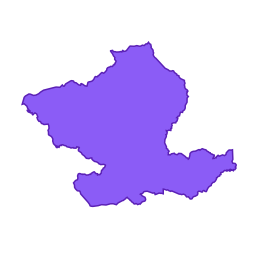 outline of Laclubar, Manatuto, East Timor, rotated 260°
{"feature_id": "22284137B50587397066696", "entity_name": "Laclubar", "entity_type": "district", "adm_level": 2, "iso_a3": "TLS", "parent_name": "East Timor", "parent_adm1": "Manatuto", "projection": "albers", "projection_center": [125.895, -8.747], "detail": "fine", "context": "isolated", "style": "filled", "palette": "violet", "viewbox_px": 256, "rotation_deg": 260, "n_neighbors": 0, "source": "geoboundaries", "source_scale": "gbopen_adm2", "svg_char_len": 5742}
<svg xmlns="http://www.w3.org/2000/svg" viewBox="0 0 256 256"><g transform="rotate(260 128 128)"><path d="M187.2,112.0L186.5,110.6L185.0,108.7L184.7,107.6L183.9,107.1L183.8,106.6L184.3,104.8L183.7,104.0L182.0,102.9L180.8,101.4L180.3,100.2L180.2,97.4L179.9,96.5L176.4,94.9L176.4,94.6L177.1,92.8L178.8,91.2L179.8,89.8L179.6,89.2L179.0,89.3L178.3,88.5L179.2,86.8L181.5,84.8L182.2,83.0L183.7,82.5L184.4,80.8L184.3,79.6L182.2,74.2L180.3,72.5L180.4,71.6L181.8,70.8L179.9,68.0L180.7,64.7L180.8,63.6L179.9,51.4L178.5,48.0L177.3,46.1L176.4,43.1L176.5,40.6L178.3,37.7L178.7,36.3L177.3,32.5L176.2,31.1L169.7,27.9L169.9,29.9L167.1,32.2L164.8,32.6L163.7,33.2L163.1,32.7L162.9,31.8L162.6,31.8L161.0,32.7L161.0,33.0L162.1,33.2L162.4,34.0L161.7,34.5L160.4,33.9L159.7,34.8L159.7,36.2L158.4,36.0L157.5,36.6L158.9,38.6L159.0,39.0L157.7,40.5L154.8,41.1L154.4,41.0L154.1,40.2L151.9,40.5L150.0,41.5L149.8,42.5L149.2,43.0L147.5,43.6L147.3,44.2L146.0,45.9L145.7,50.0L144.1,50.4L141.4,50.2L139.5,48.8L138.1,49.0L135.4,48.6L135.0,48.7L133.1,50.9L131.9,51.6L130.1,52.1L128.2,51.6L125.5,51.9L123.9,52.9L122.6,54.5L122.1,53.7L121.1,54.4L121.0,54.9L122.2,55.8L122.0,56.2L121.0,56.5L120.9,56.7L121.7,57.4L122.4,57.6L122.7,58.3L122.8,58.6L122.3,59.6L123.0,60.0L122.8,61.0L121.8,62.2L121.4,63.6L120.1,64.6L119.1,67.1L118.2,68.4L118.2,70.6L117.7,70.9L117.2,72.9L117.4,74.0L118.4,74.4L117.4,76.5L116.9,76.6L116.4,76.0L115.1,75.3L114.1,75.3L111.8,77.7L109.9,78.4L108.3,80.0L105.4,81.7L104.6,84.2L105.0,86.0L104.8,87.1L103.5,87.1L102.2,88.0L100.9,89.2L100.1,91.2L98.6,92.8L97.6,93.3L97.5,93.8L96.7,94.7L96.4,97.9L95.4,99.3L94.9,99.2L93.1,98.0L92.8,96.7L91.4,95.8L90.9,94.6L88.0,93.6L87.7,92.8L87.1,92.5L86.9,92.1L87.5,90.5L87.0,90.1L87.0,89.8L88.3,89.9L88.8,88.3L90.6,87.3L90.7,86.9L90.6,86.2L89.6,83.7L88.8,83.2L89.1,82.3L88.7,81.1L88.8,78.9L90.1,77.4L90.0,76.4L90.5,75.6L90.2,75.0L91.5,72.7L91.6,71.8L91.2,70.9L89.5,70.0L87.5,70.0L85.9,69.3L85.4,67.2L83.4,64.8L81.3,65.4L78.8,65.1L77.2,65.7L75.0,67.2L74.3,69.4L73.9,69.7L71.2,70.0L61.9,75.7L59.7,76.8L57.9,77.2L57.4,78.1L56.9,79.7L56.7,85.1L57.1,88.7L56.0,93.0L56.4,97.5L56.0,100.2L54.5,103.2L56.0,105.4L57.4,109.7L57.5,110.9L58.4,112.4L58.7,113.4L59.4,113.9L59.9,115.1L58.6,115.9L57.5,117.0L56.4,117.5L56.3,118.0L54.6,118.8L53.9,119.8L52.5,120.5L51.9,121.6L52.2,122.3L52.1,123.1L50.9,124.2L51.3,126.3L50.9,126.7L52.9,129.3L53.1,131.9L53.8,132.6L54.8,133.0L56.8,132.7L58.8,130.1L60.2,129.3L60.6,128.6L61.0,128.9L61.0,130.9L62.6,132.8L62.4,136.0L59.5,141.2L59.6,142.6L58.6,143.2L57.8,143.1L57.7,143.5L58.5,147.3L58.0,148.7L58.0,149.4L57.1,151.3L61.7,152.1L61.6,152.6L60.1,155.3L60.2,156.3L58.8,157.8L58.7,158.6L58.2,159.0L58.4,160.2L54.0,166.9L53.8,168.0L53.1,169.2L53.2,171.3L52.1,172.7L50.0,173.7L49.7,175.6L47.3,176.9L47.1,178.2L47.3,178.9L48.3,179.6L49.0,180.6L49.2,182.6L50.0,184.7L51.2,185.4L52.7,185.4L53.4,186.6L53.0,188.3L52.4,188.9L52.0,189.8L52.3,190.4L52.9,190.5L53.3,191.6L53.0,192.4L52.3,192.7L51.8,193.8L51.9,194.2L54.6,196.0L55.9,197.3L56.6,198.7L56.9,199.9L58.5,200.6L59.7,202.3L59.6,203.2L60.6,204.8L62.2,206.1L63.7,206.6L63.6,207.2L64.6,208.2L64.8,209.9L65.8,210.2L66.0,211.4L66.4,211.6L67.6,211.4L68.0,211.7L68.1,213.8L69.4,215.6L69.4,216.2L68.6,217.5L69.5,218.2L69.3,218.4L68.8,218.2L68.5,218.5L69.0,219.4L67.8,220.9L68.0,221.2L69.0,220.3L69.5,221.2L69.5,221.5L68.6,221.6L69.1,222.3L69.0,222.6L68.4,222.3L68.3,223.6L67.6,224.4L68.0,224.7L68.7,224.8L68.4,226.0L69.6,227.3L70.0,227.4L70.8,226.9L71.5,227.3L71.9,227.9L73.2,228.1L74.5,227.3L75.1,225.1L77.0,224.6L78.9,225.8L88.4,227.1L88.3,225.8L88.7,224.4L88.6,223.2L86.5,220.5L84.8,219.8L84.1,218.2L85.1,216.5L84.4,213.1L85.5,212.0L85.3,211.6L84.9,211.5L84.6,210.2L83.4,209.7L83.6,209.2L83.1,207.7L83.2,206.4L84.5,207.1L85.4,208.2L86.5,208.1L86.6,207.4L87.5,206.6L87.6,206.1L88.7,204.7L89.3,204.7L89.9,203.5L90.7,203.0L91.2,202.1L93.0,200.9L94.0,198.5L94.6,198.0L94.6,197.0L93.7,195.0L94.2,194.7L94.4,193.8L93.5,190.4L93.7,188.1L93.3,186.2L92.2,184.7L90.1,184.1L87.5,182.9L86.9,181.9L88.0,181.6L88.6,180.2L89.7,179.7L93.6,176.0L94.2,173.5L93.2,172.0L93.5,170.9L94.3,169.6L95.1,169.2L95.0,166.2L94.2,165.0L94.7,163.0L95.9,163.4L97.0,163.4L97.9,164.4L98.4,164.3L99.4,163.5L100.3,163.4L101.2,162.3L103.0,162.6L107.0,161.5L110.3,162.4L112.8,164.2L114.0,164.5L114.9,164.2L115.2,165.2L116.7,165.8L117.4,165.8L117.9,165.4L118.8,165.3L118.4,166.3L118.8,167.9L118.1,169.7L118.6,170.0L120.1,170.0L120.1,170.8L120.4,171.1L121.8,171.0L122.6,171.9L124.0,171.7L124.8,172.0L125.2,173.8L124.8,175.9L125.6,176.3L126.3,177.4L128.7,178.7L129.3,178.8L129.7,177.8L130.9,179.4L131.0,180.8L134.2,182.2L134.4,182.7L133.9,184.4L135.2,185.0L136.1,186.8L137.7,187.8L140.3,188.3L143.1,190.6L147.2,191.4L148.6,192.9L149.8,191.9L151.9,191.8L152.5,192.4L153.3,192.2L153.6,193.2L154.0,193.4L155.5,192.7L156.5,191.5L158.5,190.8L159.3,191.2L160.5,190.9L162.2,191.9L164.0,191.6L165.1,191.8L167.6,188.2L169.6,187.1L170.6,187.2L171.6,185.4L172.5,185.4L174.6,183.4L176.3,182.8L176.7,181.8L176.5,180.6L177.0,178.8L178.4,177.6L180.4,174.9L191.9,167.5L192.8,166.6L194.4,165.8L195.7,165.5L197.6,166.3L198.5,166.0L200.3,166.2L203.2,164.7L204.1,165.0L206.4,164.9L207.5,163.6L208.9,163.1L207.5,161.5L207.7,160.2L206.4,158.3L207.1,156.5L206.5,154.9L206.5,153.6L207.6,151.0L207.4,148.3L208.3,144.3L207.8,143.5L204.7,140.1L204.1,138.9L204.2,137.0L205.1,136.6L205.3,136.1L204.0,135.2L204.6,133.7L204.4,133.1L204.8,129.8L205.5,128.4L205.6,127.0L207.1,126.3L207.1,124.3L206.6,124.2L203.6,125.7L201.6,126.2L199.7,127.3L198.2,126.8L197.4,127.0L196.2,127.8L195.4,127.7L194.4,126.7L193.6,126.5L193.3,125.7L192.7,125.6L192.6,124.5L191.3,123.5L191.7,121.4L191.2,120.6L191.2,119.6L190.8,118.3L190.0,117.5L188.6,117.0L186.7,114.6L186.2,113.5L187.2,112.0Z" fill="#8b5cf6" stroke="#5b21b6" stroke-width="1.5"/></g></svg>